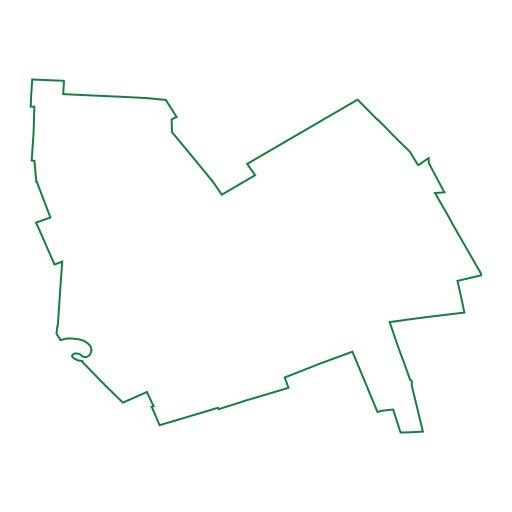 Scortaru Nou, Braila, Romania (Equal Earth projection)
{"feature_id": "2599482B5642728949351", "entity_name": "Scortaru Nou", "entity_type": "district", "adm_level": 2, "iso_a3": "ROU", "parent_name": "Romania", "parent_adm1": "Braila", "projection": "equal_earth", "projection_center": [27.599, 45.348], "detail": "fine", "context": "isolated", "style": "outline", "palette": "green", "viewbox_px": 512, "rotation_deg": 0, "n_neighbors": 0, "source": "geoboundaries", "source_scale": "gbopen_adm2", "svg_char_len": 2321}
<svg xmlns="http://www.w3.org/2000/svg" viewBox="0 0 512 512"><path d="M422.9,431.6L417.9,410.9L416.0,403.1L411.9,386.1L411.8,385.1L411.8,381.8L411.6,380.9L411.3,380.4L410.9,380.2L410.5,380.1L410.4,380.1L410.2,380.0L410.1,379.8L410.0,379.6L403.0,359.7L402.8,359.3L402.6,359.1L397.3,344.6L389.7,322.1L406.2,319.8L423.4,317.5L429.0,316.8L448.3,314.5L460.9,313.0L464.4,312.6L460.0,291.9L459.6,290.2L457.5,280.9L481.1,275.3L481.3,274.9L480.6,272.9L465.4,246.4L457.5,232.7L452.4,223.8L452.0,223.1L451.9,222.7L448.8,217.0L441.9,205.0L435.0,193.0L444.4,192.4L428.8,163.1L428.6,158.1L418.5,165.1L417.8,164.7L409.7,151.5L397.3,139.5L393.5,135.6L378.7,120.4L378.3,119.9L377.6,119.9L357.9,100.0L357.5,99.7L288.2,140.0L247.2,163.9L255.1,175.2L221.8,194.7L214.2,183.6L214.0,183.3L211.9,180.4L211.8,180.5L205.1,172.2L194.4,159.2L185.1,147.9L184.9,147.7L172.0,132.2L171.6,119.4L176.6,117.0L165.8,99.9L148.8,98.3L147.8,98.2L147.2,98.1L141.3,97.8L117.4,96.6L103.9,96.0L90.2,95.4L88.3,95.3L84.0,95.1L63.2,94.1L64.0,81.1L63.3,80.8L32.2,79.5L32.0,83.1L31.3,93.0L30.7,106.6L34.4,106.7L33.9,119.8L34.0,120.4L33.5,133.7L33.5,134.0L32.6,147.1L32.6,147.3L31.7,160.6L34.4,160.8L35.4,171.0L35.4,172.0L36.4,181.9L36.8,181.8L45.7,205.1L48.3,212.0L49.8,215.8L50.4,217.5L46.2,219.0L36.0,222.6L38.8,228.7L45.1,243.0L45.9,244.9L51.0,256.4L54.5,264.5L57.6,263.4L62.2,261.6L61.2,275.7L60.1,291.7L58.1,321.1L57.7,326.4L57.3,326.4L56.5,333.7L56.7,334.3L60.0,339.0L60.5,340.2L65.1,338.8L70.5,338.4L72.9,338.6L78.2,339.2L80.9,339.8L84.2,341.0L86.1,342.2L87.6,343.3L89.1,344.6L89.5,345.1L90.0,345.6L91.2,348.2L91.4,350.6L90.6,353.4L89.6,355.1L87.4,356.6L86.1,357.0L84.2,357.0L82.2,356.2L81.0,355.2L79.9,354.3L78.2,353.7L75.9,353.4L74.1,353.7L72.9,354.6L72.3,355.4L72.1,356.6L73.3,357.9L75.3,359.1L76.7,359.8L78.2,360.4L79.7,360.7L82.2,360.9L82.1,361.7L85.5,365.1L97.4,377.4L100.3,380.6L103.2,383.2L104.1,384.2L106.4,386.8L107.0,387.0L107.6,387.7L122.9,402.6L123.1,402.5L128.2,400.3L146.9,392.0L153.6,406.3L151.7,406.9L151.9,407.1L155.7,416.1L159.6,425.2L181.5,418.7L217.9,407.8L218.6,409.2L243.3,401.4L243.4,401.2L261.5,395.9L288.5,387.8L284.7,377.5L318.7,364.1L352.4,351.7L367.7,388.3L368.3,390.0L377.5,412.0L381.4,410.8L393.1,409.5L398.1,424.8L399.1,428.1L400.6,432.5L410.8,432.3L412.2,432.2L422.9,431.6Z" fill="none" stroke="#15803d" stroke-width="2"/></svg>